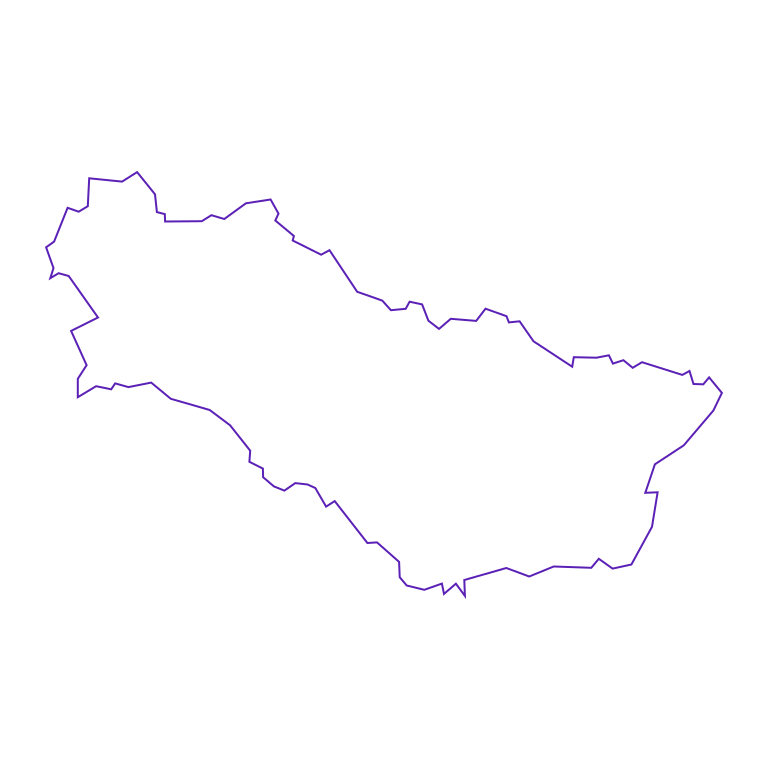 the district of Karbintsi, Karbinci, North Macedonia
{"feature_id": "65306769B40750666784819", "entity_name": "Karbintsi", "entity_type": "district", "adm_level": 2, "iso_a3": "MKD", "parent_name": "North Macedonia", "parent_adm1": "Karbinci", "projection": "albers", "projection_center": [22.294, 41.797], "detail": "fine", "context": "isolated", "style": "outline", "palette": "violet", "viewbox_px": 768, "rotation_deg": 0, "n_neighbors": 0, "source": "geoboundaries", "source_scale": "gbopen_adm2", "svg_char_len": 1371}
<svg xmlns="http://www.w3.org/2000/svg" viewBox="0 0 768 768"><path d="M721.9,392.9L709.1,377.4L703.3,384.3L693.5,384.0L689.5,371.0L682.3,374.9L642.0,362.2L632.7,367.8L623.4,360.2L612.9,363.6L608.9,355.3L596.5,357.7L573.8,357.2L572.2,366.7L533.5,341.3L519.6,321.3L508.9,322.4L506.5,316.2L485.5,308.7L476.2,320.9L450.8,318.8L439.0,328.9L428.4,320.7L422.1,304.4L409.6,301.7L405.7,308.8L390.9,310.2L382.3,300.6L357.2,291.8L329.5,250.2L321.1,254.7L292.7,240.5L293.9,236.0L275.3,220.5L278.5,213.6L270.6,199.5L245.9,203.3L224.3,219.0L211.4,215.2L201.8,221.2L165.1,221.5L164.8,214.1L156.9,212.1L155.0,194.3L137.1,172.1L122.1,181.6L89.2,178.3L87.8,206.2L78.7,211.7L67.6,207.8L54.1,241.6L46.1,247.3L53.5,268.1L50.3,278.2L58.6,273.2L68.7,276.0L98.0,317.5L71.1,330.9L86.6,365.2L77.8,378.8L77.8,397.2L96.1,386.2L111.2,389.3L115.2,383.4L128.4,387.1L151.2,382.6L170.8,398.8L209.7,410.0L230.1,425.3L250.2,450.7L249.4,461.8L262.9,468.6L263.1,477.2L273.9,486.4L284.4,490.6L295.3,483.1L307.6,484.5L315.3,488.0L326.1,506.6L334.7,501.1L367.4,543.0L377.0,542.4L399.1,561.9L399.7,577.2L406.7,585.5L424.3,589.8L441.9,583.6L444.0,593.9L455.9,583.7L464.9,595.9L464.3,580.0L506.3,568.0L529.2,576.5L553.7,566.5L591.3,567.8L598.8,558.8L612.6,568.6L631.4,564.5L652.0,526.8L657.6,492.3L645.3,492.8L654.9,464.3L683.8,445.3L713.4,410.5L721.9,392.9Z" fill="none" stroke="#5b21b6" stroke-width="2"/></svg>